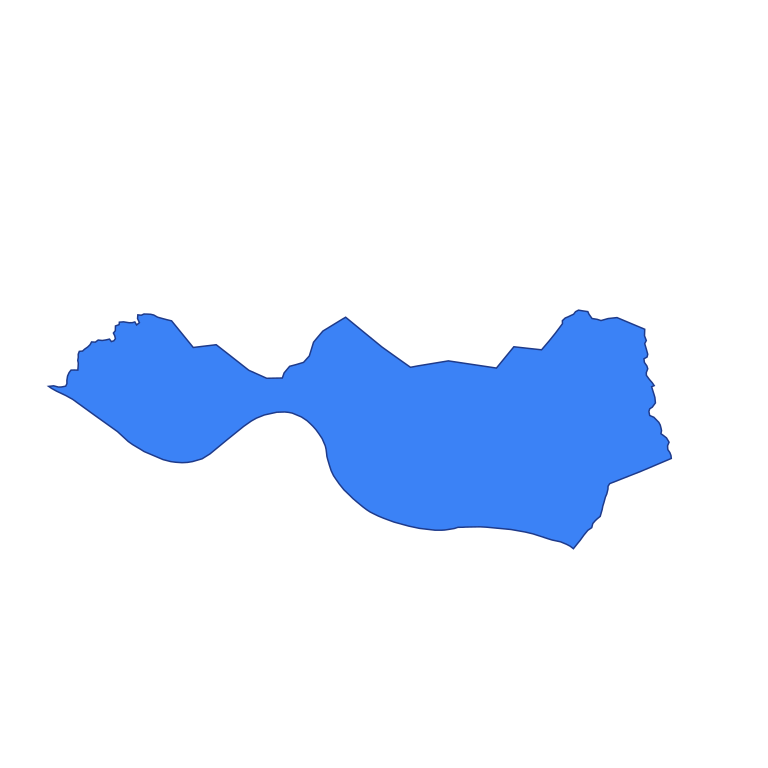 Simões, Piauí, Brazil, rotated 122°
{"feature_id": "56859067B70847117060702", "entity_name": "Simões", "entity_type": "district", "adm_level": 2, "iso_a3": "BRA", "parent_name": "Brazil", "parent_adm1": "Piauí", "projection": "equal_earth", "projection_center": [-40.73, -7.705], "detail": "fine", "context": "isolated", "style": "filled", "palette": "blue", "viewbox_px": 768, "rotation_deg": 122, "n_neighbors": 0, "source": "geoboundaries", "source_scale": "gbopen_adm2", "svg_char_len": 3039}
<svg xmlns="http://www.w3.org/2000/svg" viewBox="0 0 768 768"><g transform="rotate(122 384 384)"><path d="M199.4,191.9L204.2,221.6L209.7,228.6L215.2,233.6L216.2,237.5L218.2,242.3L216.2,247.1L214.6,249.5L216.7,254.3L218.3,258.2L221.2,259.9L224.4,260.2L226.8,261.8L229.5,263.5L232.0,265.3L235.8,266.3L238.3,264.6L250.1,265.6L260.1,266.8L271.5,268.5L277.7,281.3L283.6,293.6L292.9,294.8L310.9,297.1L315.5,307.7L330.3,341.7L350.9,365.1L355.8,370.4L354.9,386.2L353.7,405.4L350.1,433.5L347.7,451.9L351.1,453.7L371.5,463.9L381.3,465.3L385.9,465.9L394.1,463.7L399.8,462.2L408.3,463.7L414.2,468.9L419.0,473.4L427.5,474.6L432.8,473.4L441.3,486.5L444.0,505.9L441.3,530.8L439.6,547.1L442.9,551.2L447.3,556.7L454.1,565.1L443.0,597.6L444.5,602.1L446.0,607.0L447.3,611.4L447.5,615.8L448.5,618.8L450.4,622.2L451.9,624.7L454.3,626.3L455.8,629.4L459.1,627.7L461.6,623.9L465.0,625.1L463.4,628.2L465.3,629.9L467.1,632.6L469.3,637.8L471.8,641.2L474.0,640.1L477.1,642.5L481.2,640.1L484.2,640.5L485.8,637.9L487.9,635.8L490.5,636.0L492.5,637.7L491.4,640.6L494.0,643.2L496.4,646.0L498.2,649.7L501.5,651.0L503.3,654.3L506.4,654.1L509.7,654.9L513.2,656.4L515.8,657.1L517.8,659.7L520.8,659.1L523.4,657.4L526.3,656.2L528.3,654.3L531.7,652.4L534.5,651.0L536.3,654.1L538.1,656.8L541.2,657.1L544.9,656.6L548.9,654.9L551.7,653.1L554.5,652.8L557.4,655.9L559.1,658.4L560.6,663.2L563.7,667.1L563.9,663.6L563.6,657.8L562.4,647.7L562.0,640.0L563.9,612.1L565.6,584.8L568.3,570.4L568.6,565.2L568.5,559.8L568.4,556.4L568.4,551.6L566.5,539.6L565.2,531.3L562.8,523.7L560.7,519.1L557.7,513.5L554.7,509.2L551.2,505.2L543.8,498.6L535.4,494.5L514.1,487.4L494.2,480.5L485.7,476.9L480.7,474.2L473.6,469.0L464.7,459.9L460.3,453.3L458.6,449.8L457.3,446.4L455.7,436.6L455.9,429.8L456.7,425.5L457.5,421.9L458.8,417.5L460.7,412.8L463.1,407.5L467.6,401.0L470.1,398.5L473.3,395.9L475.7,394.0L477.7,391.9L481.8,387.3L485.5,382.9L488.5,378.2L490.0,374.8L492.4,369.2L495.0,361.8L496.7,353.6L497.6,349.7L498.3,345.1L499.4,336.9L499.8,332.3L499.9,328.0L499.6,324.6L499.0,318.9L498.0,313.0L497.3,309.6L495.8,302.4L491.4,287.7L487.6,277.3L480.9,263.2L477.4,257.6L475.7,255.2L473.5,252.6L469.3,247.8L466.3,245.3L463.9,241.5L462.1,239.0L454.3,227.0L451.1,221.2L440.1,199.2L434.7,185.8L432.1,178.1L428.3,162.8L427.2,158.7L424.3,150.7L423.2,144.2L422.9,140.2L423.3,136.1L416.4,135.3L412.5,134.8L406.3,134.4L400.1,133.6L395.7,131.7L391.7,133.0L387.9,132.4L385.3,131.7L381.7,130.5L374.7,132.5L371.7,133.7L368.2,134.6L362.6,136.3L359.2,136.8L354.4,138.4L352.0,139.8L348.9,139.8L321.7,119.7L294.9,100.9L292.5,102.8L290.7,105.2L289.2,108.6L286.1,110.8L282.3,111.4L280.0,115.9L279.6,119.7L279.4,122.8L276.5,123.9L274.5,125.8L272.4,128.0L270.9,130.6L269.2,137.5L269.9,142.0L266.9,144.8L264.2,145.5L261.5,144.2L256.2,143.8L251.9,147.1L250.1,149.1L244.5,155.6L242.2,154.0L240.9,156.9L239.4,161.6L237.6,166.1L235.3,167.6L231.3,168.4L229.4,170.6L227.7,174.6L224.9,176.9L221.7,175.2L219.0,176.1L215.5,179.9L211.6,184.3L208.1,184.6L205.1,188.6L199.4,191.9Z" fill="#3b82f6" stroke="#1e3a8a" stroke-width="1.5"/></g></svg>